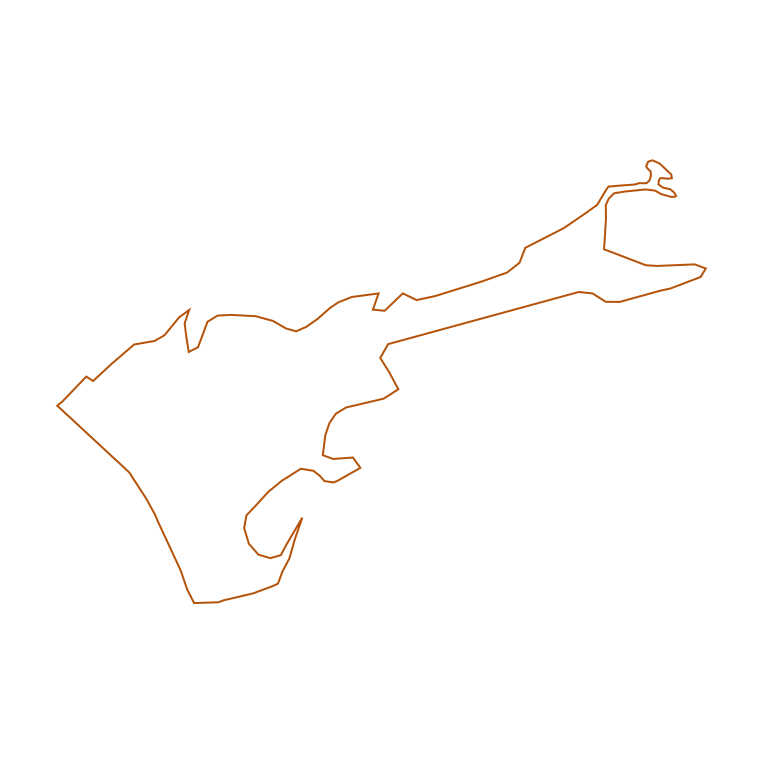 the district of Meketii, Koror, Palau, rotated 87°
{"feature_id": "81905179B7875466527963", "entity_name": "Meketii", "entity_type": "district", "adm_level": 2, "iso_a3": "PLW", "parent_name": "Palau", "parent_adm1": "Koror", "projection": "mercator", "projection_center": [134.481, 7.348], "detail": "fine", "context": "isolated", "style": "outline", "palette": "amber", "viewbox_px": 768, "rotation_deg": 87, "n_neighbors": 0, "source": "geoboundaries", "source_scale": "gbopen_adm2", "svg_char_len": 1765}
<svg xmlns="http://www.w3.org/2000/svg" viewBox="0 0 768 768"><g transform="rotate(87 384 384)"><path d="M513.2,472.6L538.9,489.6L549.5,496.0L552.0,506.6L547.8,518.4L536.5,527.3L520.4,531.2L507.9,528.2L498.7,518.4L485.7,505.3L475.1,490.8L464.3,471.5L467.0,459.0L472.5,452.8L477.8,448.6L479.7,439.6L478.1,435.2L466.5,412.0L455.8,418.9L456.2,438.8L451.9,448.8L432.1,445.3L420.1,440.5L411.1,433.6L405.5,423.2L398.6,385.1L390.0,370.0L372.4,378.2L357.8,386.4L344.4,377.8L302.3,184.7L304.5,170.9L313.5,158.3L314.4,144.4L305.3,103.3L303.6,92.9L293.7,62.2L285.5,56.6L280.8,67.4L280.4,105.1L279.1,116.3L271.8,132.8L261.0,157.2L231.0,153.7L216.8,153.1L210.6,149.8L205.6,144.3L204.4,133.4L203.4,112.5L205.1,103.1L208.8,97.4L212.1,87.7L212.3,84.0L211.5,82.4L208.0,84.2L204.5,87.9L202.4,95.3L199.1,99.4L195.4,99.0L193.0,97.5L193.0,94.9L193.8,90.3L193.6,85.8L189.7,86.2L187.2,88.7L178.4,97.0L174.7,104.1L175.7,108.5L180.3,110.8L182.6,109.6L185.7,106.6L190.2,106.5L194.7,108.3L197.2,111.4L196.8,118.5L197.9,123.1L198.2,137.4L198.6,149.5L201.0,151.5L216.3,161.8L224.9,175.2L237.8,196.4L255.4,235.8L270.0,242.3L279.1,255.2L286.8,281.2L298.8,328.0L301.9,347.0L294.5,360.5L310.9,379.5L309.2,391.2L293.3,384.7L295.4,411.5L300.1,425.4L305.3,434.0L315.6,447.0L322.9,458.7L326.8,469.1L323.4,479.0L315.2,491.6L309.6,508.5L307.0,533.1L307.0,546.6L312.6,557.0L337.5,567.8L341.8,577.3L325.9,579.0L313.0,579.9L299.9,574.7L306.7,585.1L323.8,600.6L329.0,610.9L331.5,631.5L349.1,654.3L365.8,674.4L361.0,680.9L384.6,706.0L388.6,711.4L442.2,659.3L458.9,643.1L485.9,627.5L502.5,619.5L509.4,617.0L559.3,596.9L579.2,591.2L592.8,585.1L593.3,560.9L591.6,555.4L586.2,525.5L580.0,505.8L577.8,500.3L566.1,495.3L553.2,487.6L534.3,481.1L513.2,472.6Z" fill="none" stroke="#b45309" stroke-width="2"/></g></svg>